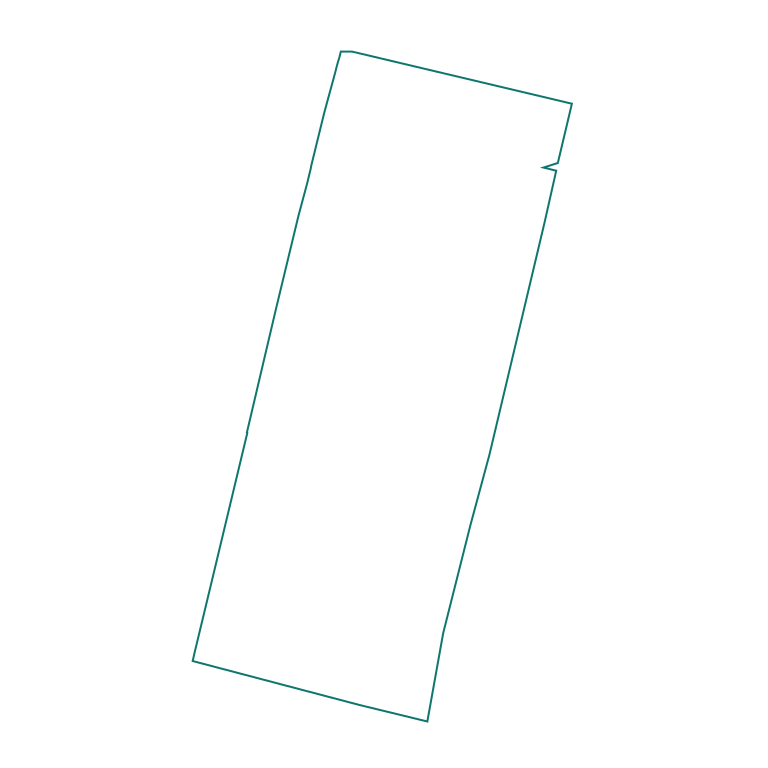 the district of Geneva, Alabama, United States of America, rotated 104°
{"feature_id": "52423323B5863423777851", "entity_name": "Geneva", "entity_type": "district", "adm_level": 2, "iso_a3": "USA", "parent_name": "United States of America", "parent_adm1": "Alabama", "projection": "equal_earth", "projection_center": [-85.923, 31.096], "detail": "fine", "context": "isolated", "style": "outline", "palette": "teal", "viewbox_px": 768, "rotation_deg": 104, "n_neighbors": 0, "source": "geoboundaries", "source_scale": "gbopen_adm2", "svg_char_len": 518}
<svg xmlns="http://www.w3.org/2000/svg" viewBox="0 0 768 768"><g transform="rotate(104 384 384)"><path d="M66.6,269.5L69.2,495.5L71.9,506.3L78.2,506.3L82.7,506.6L88.3,506.7L93.7,506.7L135.0,507.6L189.4,507.4L192.8,507.2L208.4,507.1L208.5,507.1L241.1,507.7L335.4,507.0L464.3,505.3L464.5,504.8L617.3,503.4L690.1,502.8L690.4,502.8L699.1,502.6L701.4,330.2L701.0,260.3L611.4,266.3L499.7,266.0L427.0,264.6L187.5,267.3L135.4,268.5L135.4,281.6L127.5,268.8L66.6,269.5Z" fill="none" stroke="#0f766e" stroke-width="2"/></g></svg>